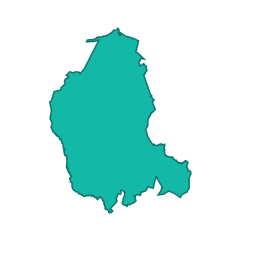 outline of Guadalupe y Calvo, Chihuahua, Mexico, rotated 208°
{"feature_id": "50627088B19833882883386", "entity_name": "Guadalupe y Calvo", "entity_type": "district", "adm_level": 2, "iso_a3": "MEX", "parent_name": "Mexico", "parent_adm1": "Chihuahua", "projection": "equal_earth", "projection_center": [-107.163, 26.124], "detail": "fine", "context": "isolated", "style": "filled", "palette": "teal", "viewbox_px": 256, "rotation_deg": 208, "n_neighbors": 0, "source": "geoboundaries", "source_scale": "gbopen_adm2", "svg_char_len": 5720}
<svg xmlns="http://www.w3.org/2000/svg" viewBox="0 0 256 256"><g transform="rotate(208 128 128)"><path d="M155.9,56.2L155.6,55.5L154.6,55.6L153.8,53.4L151.6,53.3L151.2,52.4L150.6,52.0L150.6,51.0L148.9,49.0L147.7,48.1L146.5,47.6L145.0,47.6L144.2,47.1L143.1,47.7L142.6,47.6L142.1,47.9L141.5,47.8L140.8,46.7L140.0,47.2L139.0,47.1L138.8,47.4L138.3,47.5L137.4,46.8L137.1,46.9L136.8,47.4L136.4,47.5L135.8,47.3L135.1,46.8L134.8,46.9L134.5,47.3L133.5,47.9L133.4,48.6L133.0,49.1L132.0,49.4L131.4,49.2L130.8,50.6L130.3,50.6L129.5,51.0L128.2,50.5L128.1,51.4L127.7,51.8L126.6,51.4L126.3,51.5L126.1,52.0L125.3,51.1L124.2,51.1L123.9,51.5L123.4,51.5L122.9,51.9L122.3,51.8L121.9,50.5L121.5,50.4L121.1,50.9L121.5,52.2L120.6,53.4L120.5,54.0L120.2,53.9L119.7,53.3L119.2,53.9L118.6,54.0L118.2,53.6L117.3,53.4L117.0,52.8L116.2,52.2L116.0,51.7L115.3,51.9L113.9,50.8L113.8,49.7L113.0,49.6L111.8,47.9L110.8,47.6L110.5,46.3L110.1,46.3L109.6,45.7L108.4,46.3L106.8,45.8L106.5,45.9L105.0,44.2L104.7,44.2L104.1,45.6L102.9,45.6L102.9,46.6L102.5,47.5L105.7,48.3L103.3,57.8L103.8,58.9L105.4,59.9L105.2,63.0L105.6,63.6L106.0,63.9L105.8,65.0L105.6,65.7L104.8,65.9L104.1,65.7L103.6,65.9L103.5,66.7L103.9,67.7L105.3,69.5L104.4,70.0L102.7,70.1L100.3,69.4L100.4,69.1L99.8,67.6L99.8,67.3L99.4,66.9L99.2,66.1L99.2,65.1L99.0,64.6L99.2,64.3L99.2,63.6L99.0,62.9L98.0,61.6L98.2,60.3L97.6,58.5L95.4,58.1L95.0,58.2L94.7,58.5L94.1,58.3L92.9,58.6L92.1,58.3L92.0,58.8L92.4,60.1L92.0,60.2L91.6,60.8L90.3,61.2L90.3,61.8L90.0,62.0L89.8,62.5L89.0,63.1L88.2,64.0L87.6,65.9L87.0,66.4L86.7,67.0L87.2,68.1L88.3,68.6L88.9,69.4L89.6,69.8L90.1,70.4L90.0,70.6L90.7,71.1L90.4,71.3L89.3,70.9L89.3,71.3L89.6,71.6L89.4,71.8L89.5,72.2L88.7,73.5L88.0,73.7L87.9,74.0L86.8,73.8L86.7,74.2L85.8,74.2L85.8,74.7L85.4,75.2L85.7,75.5L86.2,75.5L86.3,76.5L85.8,77.3L86.3,77.9L85.1,78.3L84.8,79.1L83.4,80.1L83.2,80.4L82.8,81.6L82.9,82.1L82.6,82.5L83.0,83.2L82.8,83.6L83.1,84.4L83.1,85.3L82.9,85.2L77.5,86.7L79.2,92.6L80.2,98.2L70.4,92.1L69.4,88.5L70.0,83.0L65.4,86.4L62.4,91.6L56.0,92.0L49.2,91.2L49.0,94.7L45.7,99.5L46.0,100.3L45.8,103.7L50.6,112.7L50.9,117.1L52.4,119.1L54.2,118.9L54.3,118.4L54.8,119.0L55.7,119.0L56.4,120.3L57.3,120.6L57.6,121.3L58.1,121.2L59.0,125.9L61.8,126.3L62.6,124.9L62.7,123.4L62.9,123.1L63.7,122.9L63.5,122.2L63.7,121.4L64.0,121.3L65.2,122.0L66.0,121.8L66.3,121.4L66.5,120.6L66.7,120.4L67.0,120.5L67.3,121.0L68.0,120.9L68.4,121.7L69.4,121.7L70.1,122.1L70.2,121.8L71.4,121.8L72.4,122.1L73.2,122.0L73.9,122.7L75.1,123.3L76.7,122.1L77.6,122.1L78.2,121.7L79.8,121.6L80.2,121.0L81.0,120.9L81.5,121.8L82.3,122.0L82.9,121.8L83.9,122.5L84.1,123.7L84.8,124.4L85.3,124.5L85.7,125.3L85.3,125.9L86.0,125.8L86.3,126.8L87.2,127.3L87.0,128.2L87.4,129.4L87.7,129.6L87.7,130.1L87.5,130.3L87.9,130.8L88.2,130.1L88.6,129.8L89.0,129.7L89.4,129.1L89.7,129.0L90.5,129.7L91.0,129.7L91.2,129.4L91.7,129.1L91.7,128.5L92.6,128.3L92.6,127.9L93.5,127.1L94.2,126.0L94.5,125.7L95.5,125.8L97.8,125.0L97.6,125.7L99.4,125.3L107.1,130.0L109.3,132.7L111.7,134.9L111.5,139.0L114.9,145.9L114.7,146.2L114.7,147.1L114.3,147.4L114.2,147.7L114.4,148.0L114.2,148.4L114.4,149.1L114.2,149.9L114.5,150.7L114.3,151.8L114.5,152.5L113.7,153.1L112.7,157.4L118.7,162.2L118.4,163.0L118.6,163.3L118.3,163.5L118.2,164.4L118.4,164.3L118.4,164.5L118.8,163.9L119.0,164.0L120.1,165.6L121.9,166.7L122.6,166.4L122.4,167.6L122.9,167.5L123.5,168.0L124.0,168.2L139.1,182.3L138.7,182.8L138.4,183.6L138.5,184.2L138.8,184.2L138.8,184.4L138.6,184.5L138.9,184.9L138.4,185.9L138.3,187.1L138.7,187.2L138.7,187.4L138.4,188.0L138.9,188.5L140.2,189.2L140.5,190.8L140.9,191.2L142.1,191.1L142.8,191.4L143.4,192.0L144.4,192.1L144.4,191.0L145.0,191.0L145.1,190.3L145.5,189.8L146.5,189.2L146.7,188.6L149.4,191.1L149.0,193.3L149.4,194.2L149.3,195.5L146.2,196.4L154.2,198.8L155.9,198.7L157.4,199.1L156.8,199.2L159.6,209.9L165.8,209.6L173.9,207.9L178.6,208.5L178.3,206.1L179.0,207.7L179.1,208.5L180.9,208.8L178.0,205.3L180.5,207.2L180.8,207.0L181.1,207.3L181.4,208.1L181.5,209.2L182.1,210.5L182.9,211.0L183.5,210.9L184.2,211.8L183.7,210.1L183.9,209.4L184.1,208.9L185.3,207.9L186.1,207.7L186.4,208.0L186.6,207.8L186.8,207.0L186.8,205.1L187.5,204.6L187.4,204.2L187.6,204.1L187.8,203.2L188.3,202.8L188.4,202.4L189.5,200.5L190.8,199.2L190.9,198.6L192.3,197.7L192.6,197.8L192.9,197.3L193.4,197.1L193.8,195.8L195.0,195.5L195.9,195.1L196.2,194.7L197.1,194.4L197.4,193.6L197.7,193.4L197.7,192.9L198.1,192.8L198.0,192.0L198.3,191.6L198.8,191.6L199.8,190.4L200.1,189.7L200.8,189.4L201.0,189.0L202.7,188.4L205.2,186.5L205.1,184.6L198.2,188.8L194.9,192.0L194.4,159.2L195.8,153.3L197.3,154.3L200.9,152.9L202.0,151.0L205.9,150.3L207.2,145.5L204.3,145.4L204.6,143.5L205.0,143.6L206.2,142.1L206.1,139.4L204.9,138.5L204.2,137.3L206.1,132.1L205.3,130.6L205.6,129.6L210.3,125.5L208.4,116.0L209.4,114.4L203.8,107.5L201.2,99.6L197.1,96.6L196.3,92.6L192.0,89.2L191.0,89.3L190.5,89.1L190.0,89.3L189.8,89.7L189.8,89.1L189.5,88.4L189.2,88.3L188.8,88.9L188.5,89.0L188.2,88.7L188.2,88.1L187.1,88.0L186.5,87.4L185.2,88.2L184.4,87.7L184.3,87.2L183.9,87.0L183.3,86.1L182.6,86.2L182.0,86.9L181.4,86.1L181.3,85.4L180.8,85.3L179.8,84.6L179.5,84.0L179.1,83.7L178.4,83.8L176.8,82.1L176.5,81.1L175.5,80.6L175.1,79.0L174.8,79.0L174.6,79.6L174.2,79.3L173.8,79.3L173.6,78.6L173.8,77.8L173.7,77.3L173.2,76.9L172.7,76.1L172.1,76.1L172.1,75.5L171.6,75.0L171.5,74.6L171.0,74.3L170.6,74.5L169.4,74.0L168.9,74.6L166.2,69.9L164.6,66.0L164.2,65.6L164.1,64.9L163.8,64.7L163.6,65.0L163.4,65.0L163.4,64.1L163.2,63.9L162.3,64.1L162.2,64.4L162.0,64.5L162.0,63.9L162.3,63.7L162.3,63.4L161.6,62.6L160.8,62.3L160.6,61.8L160.0,62.0L159.4,60.6L158.6,60.5L158.1,61.1L157.1,59.4L156.5,59.6L156.0,58.9L155.2,58.8L155.1,58.2L155.7,57.1L155.9,56.2Z" fill="#14b8a6" stroke="#0f766e" stroke-width="1.5"/></g></svg>